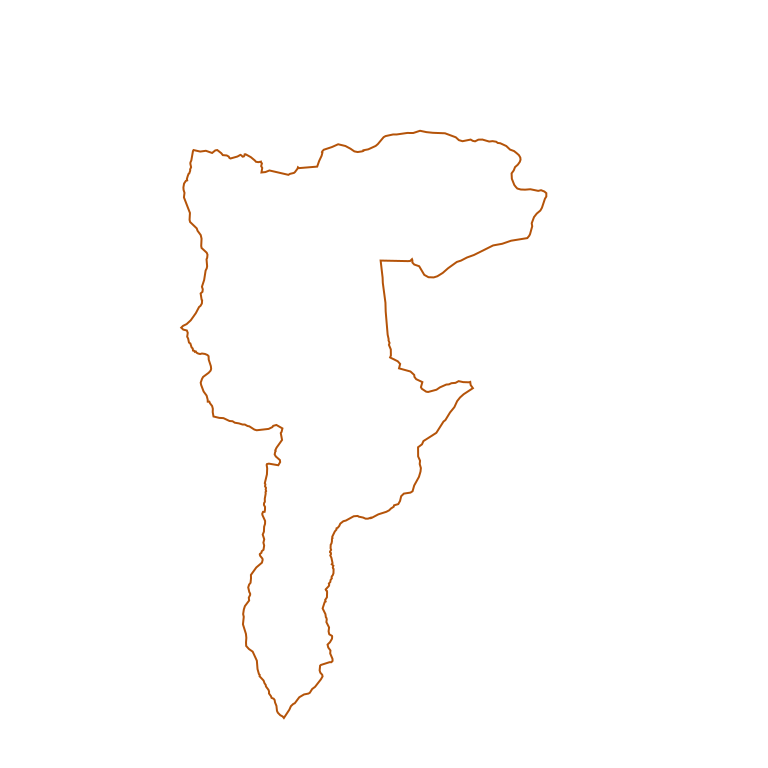 Palanca, Bacau, Romania, rotated 161°
{"feature_id": "2599482B22231725486126", "entity_name": "Palanca", "entity_type": "district", "adm_level": 2, "iso_a3": "ROU", "parent_name": "Romania", "parent_adm1": "Bacau", "projection": "equal_earth", "projection_center": [26.107, 46.519], "detail": "fine", "context": "isolated", "style": "outline", "palette": "amber", "viewbox_px": 768, "rotation_deg": 161, "n_neighbors": 0, "source": "geoboundaries", "source_scale": "gbopen_adm2", "svg_char_len": 6166}
<svg xmlns="http://www.w3.org/2000/svg" viewBox="0 0 768 768"><g transform="rotate(161 384 384)"><path d="M190.9,569.2L195.7,573.8L198.0,574.9L199.0,576.5L202.3,578.3L205.6,579.0L211.4,583.1L215.2,584.3L218.9,583.8L220.9,585.0L222.5,586.9L230.7,588.0L233.8,590.2L235.8,593.9L244.7,601.2L256.0,605.6L261.8,608.3L267.5,611.7L274.6,611.8L280.3,613.8L290.7,615.8L294.3,617.0L301.8,617.9L304.0,617.5L311.8,612.8L314.4,611.8L322.5,611.0L327.4,611.7L327.6,611.1L329.0,611.1L333.4,611.9L336.3,613.6L339.1,617.4L343.0,621.6L349.3,625.6L356.0,625.0L364.7,625.1L366.7,624.0L367.2,623.4L366.9,622.8L368.7,620.1L372.7,616.0L376.4,611.3L394.1,615.8L394.8,616.9L395.6,615.8L399.3,613.3L400.5,612.9L404.5,613.3L406.3,612.9L422.8,623.2L427.1,623.0L431.0,623.9L428.8,627.9L429.2,630.0L427.6,632.4L428.2,633.7L428.0,634.3L430.7,634.7L432.7,635.8L433.4,637.5L436.1,641.9L440.1,646.3L441.0,646.5L441.5,645.5L442.5,644.8L443.7,645.0L444.4,646.6L445.2,647.4L448.5,646.8L455.7,647.2L456.5,648.0L456.8,649.6L458.3,651.3L461.9,652.9L462.7,655.2L465.5,659.5L467.5,659.8L471.3,658.4L476.5,662.5L482.1,663.6L487.9,667.2L488.8,666.4L493.4,658.1L494.9,656.5L495.4,655.3L495.8,651.8L497.4,650.1L497.8,648.8L499.6,646.5L500.3,646.4L501.8,644.6L503.6,642.1L503.8,640.6L505.2,640.6L507.8,638.6L509.7,635.1L510.3,632.8L510.4,629.7L512.4,625.6L511.8,608.9L514.4,602.5L514.6,600.3L510.4,592.1L510.4,589.6L508.8,584.5L509.2,580.8L511.9,574.0L512.2,572.0L508.9,565.9L508.8,563.7L510.1,560.9L511.2,559.7L512.9,552.9L514.0,551.0L515.7,549.4L520.2,540.9L524.5,535.2L524.5,532.6L525.6,530.3L527.9,529.3L529.0,523.0L528.7,522.4L530.0,519.4L532.1,517.6L533.8,517.0L538.8,512.3L545.9,507.2L551.1,504.9L555.1,504.4L557.4,503.3L556.1,500.8L553.0,498.8L552.9,496.3L554.7,492.8L554.4,490.8L554.9,486.7L553.9,485.3L554.0,481.2L553.3,479.9L553.7,477.8L552.7,477.2L552.4,476.0L551.4,476.1L551.0,474.6L549.8,473.3L548.1,472.2L546.2,472.1L543.5,470.7L541.5,468.9L540.8,467.4L541.8,464.1L541.9,457.3L542.5,454.6L543.6,453.1L546.1,451.7L552.7,449.6L554.4,448.1L556.9,444.9L557.2,442.5L557.0,435.6L555.5,430.8L555.8,426.7L556.4,424.7L554.9,424.2L554.8,422.4L553.7,419.2L553.9,416.3L555.1,413.2L555.8,408.8L550.8,405.6L546.9,404.0L542.1,399.3L539.3,398.1L537.7,396.0L534.0,394.0L530.9,391.7L528.8,391.0L526.7,388.7L525.1,387.8L521.4,383.1L519.4,381.7L507.7,379.1L503.6,379.6L502.4,380.5L499.1,380.3L494.5,375.1L496.4,372.1L497.6,371.2L498.6,364.3L506.3,358.8L508.4,356.7L508.2,355.9L509.1,355.1L510.3,353.0L509.9,350.7L507.2,346.0L507.6,344.0L510.4,341.6L518.8,346.2L520.7,346.4L521.3,345.7L521.9,342.3L524.1,336.7L529.0,329.0L528.8,327.8L529.8,326.0L529.4,324.2L530.3,322.6L530.3,321.1L531.2,320.4L531.6,318.8L534.1,314.3L535.0,311.4L536.2,310.4L536.9,308.8L536.5,306.5L537.5,303.8L538.5,302.0L540.0,302.5L541.4,300.9L541.6,299.6L541.0,293.2L542.0,290.5L543.8,288.1L545.6,283.5L547.7,281.1L547.8,276.2L549.7,273.2L549.9,270.3L551.9,266.5L554.0,265.7L554.9,264.3L556.7,263.7L557.0,263.1L557.0,261.8L555.8,258.5L556.0,257.2L557.6,254.8L564.5,252.1L572.0,246.8L573.0,243.6L574.9,239.5L576.8,238.3L578.6,235.9L579.1,231.1L578.8,229.5L579.2,228.2L581.4,226.0L582.0,223.2L587.8,219.3L589.9,216.5L592.1,212.3L592.4,209.5L595.6,202.7L595.9,192.7L596.8,188.8L598.6,184.6L599.6,181.2L598.0,177.4L595.3,173.7L594.3,163.8L596.4,155.6L596.7,150.5L596.2,149.4L596.8,148.2L594.4,142.8L594.4,140.0L593.8,137.9L594.1,136.5L592.8,132.4L592.8,130.6L593.5,128.8L592.5,125.6L592.5,123.8L590.8,122.4L590.3,120.8L590.7,118.4L590.5,114.7L591.6,109.8L591.4,107.8L589.9,104.6L588.1,102.7L587.4,100.8L579.5,106.9L576.9,109.7L574.0,111.0L572.3,111.2L566.1,115.4L560.7,116.5L556.2,115.9L554.7,116.2L551.2,119.0L547.8,120.1L539.8,125.3L537.3,127.5L537.1,129.2L538.2,131.8L538.1,134.2L536.1,138.5L535.1,138.9L526.2,138.7L524.3,138.1L522.8,138.9L522.2,140.8L522.6,146.7L521.4,149.5L522.5,153.0L522.2,156.0L519.1,157.5L516.1,160.1L515.3,161.9L515.2,162.8L517.2,165.1L517.2,165.9L516.9,168.2L515.2,171.7L516.0,177.6L514.8,180.0L514.6,181.4L514.9,182.4L514.3,185.5L515.1,191.8L511.1,197.1L510.0,197.3L510.0,198.9L507.4,200.9L505.5,205.9L505.4,207.1L505.9,207.6L506.0,208.8L502.0,210.9L501.2,211.9L501.1,213.3L499.3,214.2L498.3,216.1L496.6,217.2L496.5,218.4L495.9,219.2L494.8,219.8L493.4,221.5L491.9,225.5L492.2,226.1L492.1,227.3L491.0,228.7L492.1,230.6L491.0,231.3L490.3,236.8L490.6,239.4L489.6,240.3L489.2,241.4L489.8,242.5L489.6,243.1L488.0,244.4L488.0,246.1L486.7,249.4L485.6,250.3L484.4,252.3L483.7,254.4L482.8,255.1L482.9,256.0L482.6,256.5L478.5,260.6L476.4,261.8L475.9,263.0L474.4,263.2L472.6,264.3L470.8,266.2L467.1,267.5L464.5,267.3L455.7,268.8L451.8,267.8L451.2,266.9L447.2,264.5L445.3,262.7L443.0,261.9L440.1,261.9L440.2,261.5L439.4,261.4L431.8,262.6L423.4,262.4L420.2,262.9L418.0,264.0L414.8,264.8L414.0,266.0L409.6,265.8L406.9,268.2L404.3,272.3L400.9,273.9L394.3,272.7L391.9,273.3L388.5,278.2L381.2,284.8L378.0,289.3L376.5,292.5L376.3,296.7L374.9,299.7L375.3,304.4L372.4,313.1L367.7,314.6L365.3,317.2L350.4,320.8L340.0,329.1L337.7,329.9L330.8,335.6L325.0,339.2L320.4,344.0L316.5,346.5L312.0,348.4L301.3,351.1L302.4,354.8L301.8,357.9L303.0,357.9L308.5,360.0L312.5,362.4L316.0,361.8L320.0,362.8L322.7,362.5L325.3,363.2L332.3,362.6L336.2,361.5L344.9,362.1L346.6,363.0L349.8,367.2L350.1,369.0L347.1,373.3L352.0,378.1L352.9,380.8L352.5,382.8L354.9,387.2L364.7,393.9L362.2,397.7L363.6,401.0L369.6,407.1L368.2,408.7L366.3,414.5L366.6,419.4L365.4,421.0L365.5,423.8L365.0,425.0L364.5,429.4L358.8,452.0L356.2,460.3L352.2,480.0L350.7,485.0L347.0,501.8L321.4,492.4L319.3,491.8L316.9,492.9L316.9,491.7L317.6,489.6L316.5,487.1L312.4,483.9L310.4,474.1L307.2,470.5L302.3,468.6L298.5,468.5L292.3,469.9L285.7,472.6L275.4,475.7L271.1,475.6L264.3,476.6L257.0,476.7L235.7,479.5L226.6,478.1L217.2,478.1L201.0,475.3L198.4,476.9L197.1,478.2L192.5,484.9L192.0,487.9L187.8,493.0L184.1,495.4L179.7,497.1L177.3,499.2L171.5,506.8L169.5,508.4L168.4,511.6L169.7,513.8L172.4,516.1L175.3,516.4L182.2,520.5L187.3,521.8L191.4,523.4L194.3,525.4L195.2,527.4L196.0,529.8L196.3,536.4L194.8,541.6L191.8,543.7L189.5,546.4L186.1,547.8L183.3,549.8L181.9,551.6L181.4,553.7L181.9,556.4L183.3,558.9L185.2,561.9L188.5,564.6L190.9,569.2Z" fill="none" stroke="#b45309" stroke-width="2"/></g></svg>